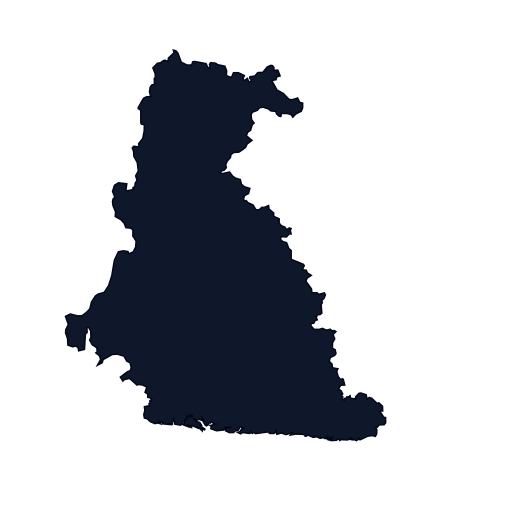 map outline of Maharashtra (Robinson projection), rotated 285°
{"feature_id": "IND-2447", "entity_name": "Maharashtra", "entity_type": "State", "adm_level": 1, "iso_a3": "IND", "parent_name": "India", "parent_adm1": "", "projection": "robinson", "projection_center": [76.089, 18.818], "detail": "fine", "context": "isolated", "style": "filled", "palette": "ink", "viewbox_px": 512, "rotation_deg": 285, "n_neighbors": 0, "source": "natural_earth", "source_scale": "10m", "svg_char_len": 6014}
<svg xmlns="http://www.w3.org/2000/svg" viewBox="0 0 512 512"><g transform="rotate(285 256 256)"><path d="M115.1,418.6L112.6,417.9L112.7,415.0L110.8,410.4L105.6,404.4L105.4,403.4L106.7,402.8L103.7,401.0L104.3,395.7L105.5,394.2L103.8,395.3L103.6,398.1L103.0,392.7L102.1,392.3L100.5,385.3L99.5,384.8L100.8,383.0L98.8,381.4L97.2,376.6L97.2,374.5L98.9,376.6L100.5,376.9L99.2,375.8L100.2,374.7L98.6,374.4L97.6,372.6L100.2,372.0L99.4,370.7L98.0,371.5L97.5,370.2L97.9,367.7L96.5,365.2L97.1,361.4L95.6,358.1L96.5,352.4L94.9,351.2L94.8,349.9L95.6,349.9L95.9,347.4L94.1,340.0L91.9,335.5L94.7,336.6L91.2,331.1L91.6,326.4L89.2,322.3L92.6,320.7L89.8,320.0L89.0,318.6L88.2,315.3L89.1,312.9L84.3,301.5L85.1,299.4L83.7,298.4L85.5,295.5L83.9,297.0L82.9,295.5L82.0,288.7L80.2,287.2L80.8,284.0L82.3,286.1L85.9,287.0L86.4,287.9L85.7,289.1L86.9,287.2L86.8,284.7L83.3,284.1L82.1,282.7L82.4,281.8L79.6,280.0L78.5,275.8L79.4,271.5L81.2,271.0L84.0,275.3L84.3,274.3L81.8,269.9L79.5,269.6L77.0,263.2L77.5,257.0L79.7,257.0L80.3,255.6L83.4,260.6L83.3,258.0L84.4,256.2L82.8,255.2L82.7,253.0L81.2,253.9L79.0,252.0L79.7,250.5L80.4,251.1L80.8,249.2L83.2,248.3L81.6,248.0L85.8,246.7L86.3,245.6L83.2,246.5L83.4,242.9L82.2,241.7L82.6,237.9L80.8,240.4L80.7,244.7L78.7,246.9L78.5,245.1L77.7,245.9L75.5,251.5L74.7,251.2L74.7,248.7L73.2,249.2L74.7,246.5L74.7,244.3L75.4,244.7L75.7,243.6L75.0,242.9L75.7,237.6L73.8,238.1L76.0,233.2L73.5,235.7L74.0,230.0L82.5,231.0L85.0,235.7L86.0,235.0L83.2,230.7L79.2,230.3L76.3,228.2L74.7,229.0L73.0,226.5L72.6,221.1L78.3,218.5L74.5,218.8L72.1,215.9L71.7,217.7L72.7,219.2L71.2,218.3L69.6,208.4L70.5,209.8L71.4,209.4L70.8,207.3L71.7,205.5L71.5,204.7L69.2,207.2L69.3,204.4L67.9,201.7L68.7,196.4L70.6,193.2L70.6,190.1L73.8,188.6L78.1,188.6L81.6,187.2L83.8,191.8L85.7,190.8L86.8,191.7L88.6,190.9L90.5,192.5L91.5,190.6L91.5,187.9L94.5,187.3L95.6,184.1L101.2,184.4L102.0,179.7L101.5,175.6L100.5,174.5L105.0,165.6L102.6,160.8L100.7,159.8L103.9,156.3L110.8,161.6L112.8,164.3L116.0,164.3L120.2,162.0L121.0,158.3L125.1,154.4L125.3,147.5L123.7,142.7L116.3,135.1L113.1,135.1L109.4,131.1L115.9,132.7L119.1,130.6L121.0,126.3L122.5,127.4L126.1,126.0L128.0,120.6L131.7,117.1L134.7,117.6L140.7,115.8L143.5,113.1L142.8,111.2L138.5,112.7L136.5,111.4L121.4,114.5L118.5,109.2L121.2,108.0L122.5,105.5L120.9,102.5L121.2,97.4L127.3,95.4L132.6,91.9L135.7,91.3L141.2,92.5L148.4,87.6L151.9,91.6L152.0,99.0L153.1,103.2L157.5,106.7L162.0,109.2L169.1,109.0L175.8,111.2L178.3,113.3L181.6,118.8L189.4,121.3L199.6,121.8L215.2,120.3L224.5,122.0L226.7,126.6L227.2,131.2L225.6,132.3L225.7,133.3L228.3,136.4L233.8,137.4L239.4,136.3L243.4,131.9L249.2,130.4L250.5,128.1L249.7,123.0L253.5,120.2L256.1,116.1L257.7,109.8L262.4,108.9L267.5,104.9L271.4,103.3L274.3,103.2L276.1,104.5L281.3,100.7L287.7,101.0L291.1,104.2L292.3,112.5L285.8,113.3L285.8,115.0L288.7,120.8L289.8,119.4L292.0,121.0L295.2,120.4L298.2,121.5L302.3,119.0L307.6,120.3L315.6,117.1L320.4,112.4L325.7,110.5L328.3,108.5L330.4,109.5L331.1,114.6L334.3,113.6L340.2,116.2L348.0,115.6L353.4,114.3L354.0,113.3L353.6,111.3L354.8,110.3L366.9,107.0L367.9,104.1L368.8,103.8L379.2,106.5L381.3,108.8L382.8,113.0L387.1,110.6L391.6,110.1L394.1,110.9L395.7,113.5L401.0,111.8L402.8,112.5L406.2,111.3L411.0,107.7L416.7,110.9L417.9,113.7L420.9,116.1L421.6,117.9L420.9,120.6L424.6,120.2L431.1,124.2L433.5,122.9L433.5,125.5L431.7,128.1L423.9,133.6L422.6,140.1L423.9,144.4L427.1,144.6L428.0,146.2L428.9,158.0L426.1,160.2L425.4,162.3L426.3,163.0L428.9,161.5L430.9,162.0L431.8,167.0L430.9,169.5L431.3,176.8L427.3,179.7L423.1,180.6L422.4,181.6L422.1,186.1L427.2,186.8L428.5,191.4L427.3,198.1L423.4,197.5L422.6,199.8L425.3,201.5L421.8,204.8L425.0,206.2L426.0,203.8L427.7,203.8L429.4,208.2L433.6,210.2L435.2,215.1L441.5,217.9L444.0,221.0L444.1,222.7L442.9,224.4L440.0,225.3L441.2,228.9L436.2,232.7L434.3,229.6L431.5,229.7L429.5,225.9L421.8,233.3L420.1,240.3L415.8,247.5L416.4,250.6L419.4,255.3L415.6,258.6L415.8,261.5L411.2,262.7L407.6,262.3L403.5,257.7L399.6,255.6L401.6,253.4L401.8,249.8L400.3,243.7L397.2,243.9L397.0,242.2L398.5,239.2L400.8,237.6L400.0,232.8L401.3,230.0L401.6,224.1L399.9,220.9L397.1,219.7L393.9,215.2L391.1,214.7L386.6,216.5L383.9,219.8L382.2,218.4L376.0,218.2L373.5,216.0L369.7,215.5L366.6,222.2L362.0,218.5L358.2,217.8L354.6,215.0L351.9,212.6L350.2,207.7L347.5,205.6L344.4,205.8L340.0,203.6L336.3,203.1L333.7,204.5L330.7,203.1L329.4,200.9L326.9,199.6L327.0,202.4L330.3,208.7L327.2,212.6L325.9,216.2L325.8,221.1L321.6,223.3L319.9,226.8L319.7,232.6L314.3,232.5L311.5,229.4L308.0,229.1L305.9,230.8L307.0,232.2L305.4,234.5L304.6,239.8L300.7,244.0L301.4,247.0L304.7,249.2L304.9,251.2L308.0,255.1L304.7,256.5L302.1,262.0L298.9,262.8L297.9,268.8L293.9,269.8L292.0,272.3L291.3,276.5L289.4,278.9L291.7,280.8L291.6,282.8L289.7,282.5L286.4,284.2L286.0,282.4L282.3,280.5L281.2,275.4L278.5,275.2L276.9,278.0L276.8,282.1L271.8,285.7L270.4,288.6L261.9,290.8L260.2,304.1L259.1,305.1L254.6,304.3L255.3,308.2L253.0,309.9L251.6,314.4L247.8,311.1L244.6,310.7L238.6,318.1L235.0,319.5L236.3,324.5L235.2,326.6L238.1,331.6L236.4,333.1L232.4,332.6L230.3,331.1L227.9,332.1L225.9,331.5L217.8,334.4L216.0,333.0L214.7,329.7L213.6,330.4L213.0,329.6L210.2,331.7L208.8,329.7L206.0,329.2L205.1,327.0L203.0,326.8L200.2,331.1L201.6,336.3L203.3,338.8L202.6,343.2L204.5,346.7L203.4,348.7L204.3,351.0L203.6,352.8L200.0,350.7L196.5,353.5L191.9,352.4L186.6,353.7L186.0,356.7L182.5,358.5L180.3,357.7L177.1,354.0L173.2,354.0L171.3,357.4L167.8,358.8L168.3,364.3L165.5,363.8L160.6,366.7L158.6,369.8L159.8,371.2L159.5,372.2L154.3,375.1L153.1,371.3L148.9,370.1L147.9,373.0L145.2,375.5L143.4,374.4L142.4,376.3L140.2,375.7L139.4,378.6L141.2,378.0L141.8,379.9L143.4,380.1L143.8,381.8L145.4,383.0L143.0,384.3L143.8,389.2L145.8,388.7L150.0,391.0L150.8,392.7L150.5,398.3L146.5,400.4L148.7,402.0L148.6,404.4L145.0,411.1L146.0,412.7L143.6,417.1L139.1,418.5L138.7,416.5L137.8,416.2L133.2,421.3L133.5,423.0L128.4,424.4L126.2,423.4L124.7,418.7L121.7,417.3L121.2,415.6L119.4,417.7L115.1,418.6Z" fill="#0f172a" stroke="#020617" stroke-width="1.5"/></g></svg>